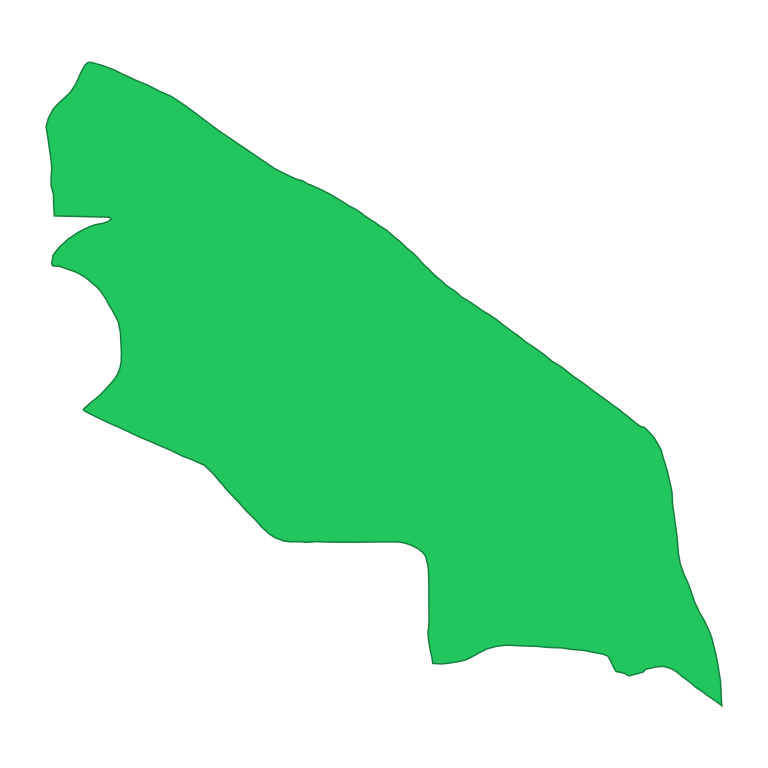 Kien Svay, Kândal, Cambodia
{"feature_id": "14789045B56719191672618", "entity_name": "Kien Svay", "entity_type": "district", "adm_level": 2, "iso_a3": "KHM", "parent_name": "Cambodia", "parent_adm1": "Kândal", "projection": "albers", "projection_center": [105.145, 11.423], "detail": "fine", "context": "isolated", "style": "filled", "palette": "green", "viewbox_px": 768, "rotation_deg": 0, "n_neighbors": 0, "source": "geoboundaries", "source_scale": "gbopen_adm2", "svg_char_len": 3844}
<svg xmlns="http://www.w3.org/2000/svg" viewBox="0 0 768 768"><path d="M721.9,705.7L721.5,702.4L721.1,693.2L720.5,681.0L719.2,673.4L717.9,664.6L716.0,654.8L713.8,646.2L711.8,638.2L709.3,631.1L706.8,626.1L704.1,620.1L699.4,612.2L694.7,602.2L690.9,591.1L688.0,583.0L683.8,573.9L680.3,563.9L678.3,552.9L677.7,544.1L676.7,533.7L675.6,526.3L674.2,515.3L672.5,503.9L672.3,497.9L671.9,491.6L670.5,485.0L668.5,476.2L667.8,473.2L666.7,468.8L663.2,457.8L661.2,450.0L657.6,443.5L653.5,436.9L648.6,431.5L644.5,427.5L640.4,426.3L638.2,424.8L635.6,422.9L630.6,418.8L627.8,416.4L623.3,413.1L618.4,408.9L614.2,406.2L610.5,403.4L605.8,399.8L599.6,395.4L592.5,390.2L583.2,383.1L573.1,376.2L562.2,367.5L552.1,361.3L544.5,354.9L538.6,350.6L532.8,346.6L525.4,341.8L521.6,338.5L519.0,336.5L517.7,335.4L515.9,334.2L511.5,331.2L507.3,328.0L502.4,324.3L495.9,319.1L489.4,314.8L481.6,310.1L475.0,305.4L467.0,300.1L461.6,297.0L455.3,291.4L449.7,287.7L448.1,286.6L445.3,284.6L442.7,281.9L441.2,280.6L437.4,277.6L434.0,274.6L431.3,271.8L428.5,269.0L424.1,265.0L420.6,261.2L416.8,256.8L413.1,253.2L407.4,248.6L403.5,244.9L399.3,240.8L394.9,237.5L390.8,233.9L388.4,231.8L386.7,230.3L383.6,228.3L379.3,225.6L374.8,222.3L370.4,219.7L364.2,215.4L360.4,212.5L355.8,209.4L348.0,205.3L342.3,201.5L335.5,197.5L329.6,194.0L318.3,188.3L312.8,186.0L310.5,184.9L308.1,184.1L306.8,183.5L304.1,181.6L302.2,180.7L296.3,179.2L289.1,175.8L282.5,172.6L274.6,168.6L269.2,164.9L222.0,132.9L218.4,130.5L204.3,119.9L199.2,116.0L193.3,111.6L187.5,107.3L182.3,103.7L178.5,101.1L174.5,98.5L171.3,96.4L165.0,93.6L159.2,91.1L152.1,87.4L146.9,84.8L140.5,82.2L136.8,80.7L132.9,78.9L121.8,73.8L116.8,71.2L113.6,69.7L102.9,65.7L100.8,65.0L96.7,64.0L91.7,62.5L88.1,62.3L85.1,65.0L80.9,72.4L75.8,84.0L69.8,93.0L58.7,103.1L53.3,109.0L48.3,118.4L46.1,126.9L47.7,136.3L49.4,148.6L50.3,154.6L51.2,160.4L51.4,164.5L51.8,168.9L51.5,171.8L51.1,176.9L51.1,185.8L53.5,194.5L53.6,203.3L54.3,215.9L109.1,217.2L111.4,219.0L108.1,221.4L103.4,223.2L95.7,224.6L89.4,226.7L78.6,232.1L68.0,239.2L59.0,247.4L52.9,255.5L51.7,263.8L52.9,266.0L56.2,266.1L60.0,266.4L66.4,268.8L72.7,270.9L78.2,273.1L85.6,277.5L90.9,282.1L96.9,287.0L100.8,291.4L106.1,299.3L108.7,304.6L111.9,309.6L114.9,315.4L117.1,319.3L118.7,323.2L119.1,326.7L120.3,331.7L120.6,336.8L121.0,344.4L121.4,353.8L121.2,361.4L120.1,367.5L117.7,374.0L114.4,379.2L109.7,384.7L107.1,387.6L105.6,389.3L103.4,391.5L100.6,394.5L95.2,399.1L90.9,402.4L87.5,405.6L85.2,407.5L83.3,409.6L85.0,411.2L89.9,413.8L97.5,417.5L105.5,421.4L113.9,425.2L119.0,427.3L125.8,430.5L132.7,433.8L141.0,437.7L150.7,441.6L160.9,446.2L170.0,450.0L182.5,456.1L191.5,459.5L204.1,465.1L208.5,469.2L214.1,474.7L219.9,481.9L222.6,484.7L226.3,489.4L232.5,495.9L239.7,503.4L246.2,510.8L255.1,519.5L262.0,527.4L269.6,534.2L275.2,537.8L283.7,541.0L290.8,541.9L294.6,541.6L297.7,541.9L300.4,541.7L305.7,542.3L311.1,542.0L316.6,541.6L325.7,542.0L333.5,542.1L345.0,542.1L353.1,542.2L362.7,542.1L373.7,542.0L386.8,541.9L392.7,541.9L398.5,542.0L403.2,542.7L407.2,543.8L411.8,545.5L417.8,548.6L422.9,552.5L425.4,555.9L427.6,563.8L428.3,569.2L428.5,572.7L428.8,581.0L428.9,593.7L428.9,605.5L429.1,617.4L428.9,624.8L428.0,632.6L428.3,637.8L429.5,646.0L430.5,651.5L431.9,657.4L432.7,663.4L436.8,663.7L441.8,663.9L449.4,663.1L458.2,661.6L465.4,660.0L471.3,657.2L478.1,653.4L486.9,648.9L496.1,646.4L505.7,645.2L517.4,645.6L524.7,646.0L536.2,646.3L547.7,647.4L561.3,647.9L572.6,649.5L582.5,650.2L594.8,652.6L603.1,654.2L607.8,656.1L610.1,659.8L612.7,665.4L614.4,668.8L616.1,671.5L620.4,672.3L624.9,673.5L627.4,675.1L629.5,675.9L633.8,674.5L636.9,673.9L639.4,673.2L640.8,672.7L642.8,672.2L645.9,669.3L650.4,668.3L655.6,667.0L661.2,666.4L665.9,666.9L671.8,668.9L678.0,672.8L682.1,676.5L689.8,682.1L696.2,687.6L702.5,691.8L708.5,696.3L715.1,700.7L721.9,705.7Z" fill="#22c55e" stroke="#15803d" stroke-width="1.5"/></svg>